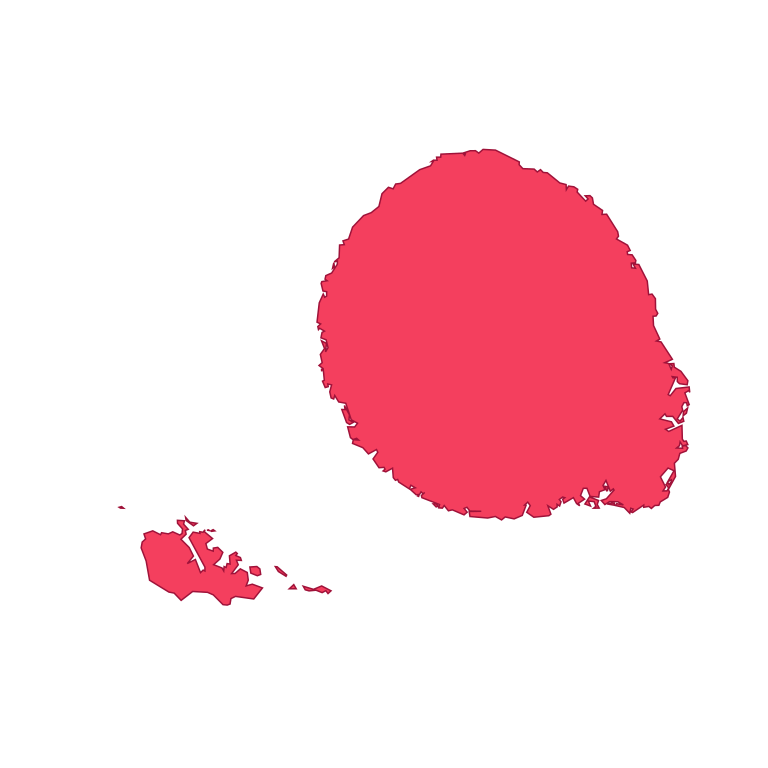 Gizo-Kolombangara, Western, Solomon Islands (Mercator projection), rotated 342°
{"feature_id": "97153195B6288223256746", "entity_name": "Gizo-Kolombangara", "entity_type": "district", "adm_level": 2, "iso_a3": "SLB", "parent_name": "Solomon Islands", "parent_adm1": "Western", "projection": "mercator", "projection_center": [157.005, -7.99], "detail": "fine", "context": "isolated", "style": "filled", "palette": "rose", "viewbox_px": 768, "rotation_deg": 342, "n_neighbors": 0, "source": "geoboundaries", "source_scale": "gbopen_adm2", "svg_char_len": 6184}
<svg xmlns="http://www.w3.org/2000/svg" viewBox="0 0 768 768"><g transform="rotate(342 384 384)"><path d="M674.0,474.8L670.3,463.7L665.3,457.7L666.0,454.1L661.9,453.0L663.8,455.8L661.7,458.8L661.1,452.5L657.6,450.5L665.9,449.6L660.5,429.6L656.4,427.3L660.2,426.5L658.4,411.7L660.8,402.7L663.8,403.4L666.2,401.4L665.4,396.8L668.5,386.7L666.7,381.3L663.3,380.8L666.2,367.4L663.3,349.1L658.0,346.9L658.9,351.6L655.4,350.0L656.5,345.5L660.6,346.4L661.7,344.3L659.9,337.8L655.7,336.1L656.2,333.3L659.4,333.1L658.5,327.2L649.9,317.9L652.7,315.9L653.3,311.4L648.2,291.3L643.7,290.1L645.5,286.5L638.8,277.8L639.7,271.4L638.1,268.5L633.5,267.2L635.3,271.1L632.3,272.4L627.0,261.1L628.4,258.7L625.5,255.1L620.7,252.8L617.5,255.5L618.8,250.6L613.3,247.1L604.6,233.6L600.8,232.0L599.1,228.5L595.3,229.7L593.2,226.0L582.6,222.1L580.3,217.2L581.3,214.6L562.3,196.0L550.7,191.5L545.5,193.7L543.1,190.4L538.1,188.8L530.8,188.8L532.6,190.2L531.4,191.6L530.2,188.8L509.2,183.0L508.0,185.8L504.1,184.5L503.6,187.6L500.2,186.4L498.0,187.1L499.7,187.5L495.7,190.9L484.2,191.2L461.7,198.3L456.9,197.4L453.0,201.2L449.0,198.3L440.9,202.4L434.0,213.6L424.8,217.1L416.6,217.5L402.6,225.1L395.1,235.2L389.2,235.2L389.3,239.2L384.7,238.1L380.3,250.1L374.4,252.5L377.7,252.7L376.6,255.7L368.5,262.3L362.2,262.9L360.3,266.1L361.8,268.2L356.5,267.4L355.3,268.9L354.7,276.7L358.0,278.5L356.6,282.7L354.4,283.2L354.0,279.7L347.5,286.8L339.4,304.5L342.3,307.3L338.8,308.9L338.5,312.0L340.0,311.1L343.7,315.3L341.0,315.8L338.3,320.6L342.6,324.1L342.0,332.2L338.3,335.4L341.8,327.6L337.9,323.6L338.4,331.9L332.6,336.2L331.8,344.6L327.9,346.3L330.9,350.6L328.4,362.0L326.4,362.3L327.0,369.2L330.2,369.3L330.5,366.6L333.9,368.6L330.0,374.7L329.4,380.9L331.5,382.7L333.6,379.7L335.4,387.1L341.7,390.5L341.8,407.9L346.7,413.1L342.8,415.8L336.2,413.5L335.5,424.6L337.2,427.2L341.2,427.2L342.5,429.4L337.6,427.5L335.7,430.8L344.2,438.0L347.6,445.7L356.6,444.0L357.0,447.0L350.4,451.9L353.4,462.1L358.3,463.3L358.7,465.3L356.3,466.4L358.6,468.1L366.1,466.7L363.9,475.9L365.1,479.1L367.5,479.0L367.7,481.8L375.7,491.6L378.3,488.6L381.7,492.4L376.4,492.3L380.4,499.3L383.7,500.0L385.9,498.0L387.3,500.6L389.2,499.7L385.1,501.6L384.9,503.8L399.6,515.8L397.8,518.7L401.2,520.1L403.7,518.2L406.1,524.5L410.1,524.8L419.7,533.2L423.5,531.6L421.7,527.1L424.8,526.9L426.4,531.4L437.2,535.1L425.6,531.6L424.8,536.6L441.2,543.5L449.0,544.4L453.8,549.6L458.2,547.9L466.1,552.5L474.9,551.7L481.6,543.3L480.2,542.6L484.2,540.8L485.5,544.9L480.1,550.1L485.3,557.0L500.1,560.2L502.5,559.4L502.2,550.4L506.5,555.6L510.7,554.4L511.4,551.9L513.3,554.3L516.0,550.7L515.0,548.0L519.0,546.7L520.8,548.0L518.3,548.8L518.4,552.9L529.0,550.6L530.2,557.2L532.5,560.3L532.0,557.5L539.2,555.5L536.4,550.9L541.3,544.8L544.8,545.9L545.3,554.6L553.2,557.9L555.6,553.0L561.5,552.8L560.9,548.2L565.3,544.3L566.1,555.9L569.7,554.6L570.0,556.0L560.0,561.9L554.6,561.9L556.8,566.9L562.3,565.5L570.0,568.2L574.3,573.0L568.3,569.7L566.6,571.1L574.3,575.7L577.8,582.9L580.3,578.4L582.3,579.9L579.4,582.0L580.7,583.1L593.6,579.4L592.9,581.5L598.1,582.3L599.8,585.0L604.0,583.2L607.9,584.3L610.3,581.5L618.8,579.5L622.1,575.0L621.8,571.6L620.1,573.1L616.3,571.9L619.9,569.0L618.2,557.7L628.2,551.7L633.0,556.1L623.7,564.6L627.7,563.9L627.1,565.7L624.0,567.8L623.7,565.9L621.2,566.8L622.8,571.3L632.7,562.0L635.7,549.1L640.6,546.5L643.9,541.4L650.7,541.1L653.3,538.7L651.8,535.7L648.4,535.3L648.1,537.4L642.5,535.3L645.9,534.0L647.7,530.6L648.9,535.1L654.2,535.5L653.8,531.6L651.4,531.2L650.7,528.6L654.6,515.4L640.1,517.1L637.7,514.0L646.7,513.6L645.7,508.8L635.5,502.4L642.0,499.2L642.7,502.1L648.6,504.0L651.8,512.5L657.6,512.1L658.0,508.3L654.1,510.7L652.0,507.9L660.0,501.2L660.2,497.6L663.5,494.4L666.0,495.3L665.7,498.4L667.9,497.9L667.4,485.4L671.8,484.4L672.2,486.4L673.3,481.1L660.3,478.5L652.6,483.6L651.0,481.9L663.2,468.1L660.7,467.5L660.4,466.0L665.0,468.2L663.7,472.3L665.1,475.0L672.1,478.4L674.0,474.8ZM205.4,540.4L196.9,533.7L190.5,533.4L194.3,528.6L195.7,521.0L190.2,515.4L183.8,518.2L180.5,517.2L189.5,510.9L189.2,506.0L193.8,507.7L193.8,504.7L190.0,501.3L192.1,499.9L191.1,498.1L183.9,499.6L182.0,507.7L179.3,506.3L177.1,509.7L175.5,508.2L173.8,512.2L173.1,508.9L166.1,503.2L173.8,499.8L178.7,494.3L175.4,488.0L171.0,487.3L169.9,490.2L165.0,486.4L165.3,480.7L173.2,478.0L167.5,469.0L168.7,467.3L166.1,469.1L163.1,467.5L162.8,469.2L156.7,465.9L151.1,469.9L157.1,502.8L155.9,506.5L154.5,505.1L151.2,506.7L150.4,492.6L141.4,494.0L149.6,488.8L148.2,479.3L142.9,468.9L149.4,465.7L149.8,461.9L152.9,461.7L150.1,455.4L151.9,452.4L145.4,449.8L144.6,452.7L147.6,459.6L145.7,463.8L143.1,464.5L137.4,459.3L132.6,459.9L126.5,456.7L124.9,458.3L118.7,452.2L109.4,452.4L109.4,457.7L105.2,459.6L102.4,464.8L103.1,478.8L100.4,498.2L115.1,515.4L119.8,518.0L124.2,527.1L137.9,522.2L151.8,527.6L156.5,531.8L162.7,544.1L166.6,545.8L169.6,545.7L172.1,540.8L177.1,540.1L193.7,548.2L205.4,540.4ZM269.7,564.3L262.3,556.8L253.5,557.5L244.7,551.4L245.5,555.4L248.8,557.6L255.6,559.1L260.7,563.3L264.8,562.6L266.0,566.0L269.7,564.3ZM343.0,411.0L339.6,407.3L341.6,402.7L339.7,392.2L339.1,396.3L336.0,395.2L336.5,409.1L338.8,411.8L343.0,411.0ZM208.8,521.5L206.7,518.3L199.9,516.6L198.9,522.7L204.3,527.2L207.9,527.0L208.8,521.5ZM552.1,561.1L544.5,554.9L538.0,560.2L542.7,563.9L542.2,558.5L547.5,560.8L547.7,565.8L545.0,566.9L550.3,568.5L549.6,564.4L552.1,561.1ZM232.4,535.6L225.9,524.8L224.2,524.1L225.6,529.7L231.4,536.6L232.4,535.6ZM237.2,551.6L236.2,546.9L230.6,549.5L237.2,551.6ZM163.0,458.7L156.6,455.4L154.1,449.5L153.7,452.8L159.0,460.0L163.0,458.7ZM665.3,500.7L660.3,502.8L658.7,506.6L662.6,505.2L665.3,500.7ZM398.0,517.1L396.1,513.8L393.7,513.2L395.6,517.0L398.0,517.1ZM566.2,568.6L563.9,567.6L559.1,567.0L565.7,570.5L566.2,568.6ZM565.4,551.0L562.6,549.6L562.8,554.4L563.6,554.5L565.4,551.0ZM373.0,257.3L373.8,253.1L370.8,258.1L373.0,257.3ZM98.0,421.7L96.6,419.5L94.0,419.4L95.0,420.6L98.0,421.7ZM177.7,471.4L176.5,469.7L173.9,470.2L174.3,470.8L177.7,471.4ZM382.2,501.6L383.2,500.2L381.5,501.0L382.2,501.6ZM328.6,352.7L329.3,351.5L329.3,350.2L328.6,352.7ZM172.6,469.4L172.1,468.5L170.5,468.3L172.6,469.4Z" fill="#f43f5e" stroke="#9f1239" stroke-width="1.5"/></g></svg>